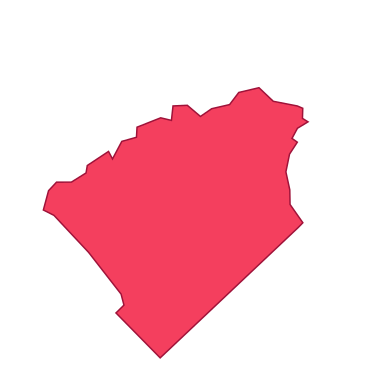 outline of Gilchrist, Florida, United States of America, rotated 47°
{"feature_id": "52423323B24171754221857", "entity_name": "Gilchrist", "entity_type": "district", "adm_level": 2, "iso_a3": "USA", "parent_name": "United States of America", "parent_adm1": "Florida", "projection": "robinson", "projection_center": [-82.847, 29.749], "detail": "fine", "context": "isolated", "style": "filled", "palette": "rose", "viewbox_px": 384, "rotation_deg": 47, "n_neighbors": 0, "source": "geoboundaries", "source_scale": "gbopen_adm2", "svg_char_len": 648}
<svg xmlns="http://www.w3.org/2000/svg" viewBox="0 0 384 384"><g transform="rotate(47 192 192)"><path d="M151.1,89.9L153.7,104.9L144.5,120.8L142.5,134.3L125.4,136.3L116.1,147.2L125.6,158.2L116.4,164.3L107.1,188.0L114.1,195.3L107.1,208.8L113.6,227.6L105.4,225.4L101.2,250.5L105.8,256.5L102.5,273.5L92.4,284.4L93.2,296.0L103.8,313.0L114.9,308.9L165.6,308.8L218.3,313.5L228.3,318.9L228.6,330.1L291.6,328.4L290.4,138.1L290.1,131.9L268.0,128.8L257.1,119.0L241.3,109.6L230.8,94.8L227.4,81.0L221.0,82.3L217.3,71.4L219.8,59.3L213.5,61.0L206.3,53.9L200.9,56.3L181.1,70.7L161.4,71.9L151.1,89.9Z" fill="#f43f5e" stroke="#9f1239" stroke-width="1.5"/></g></svg>